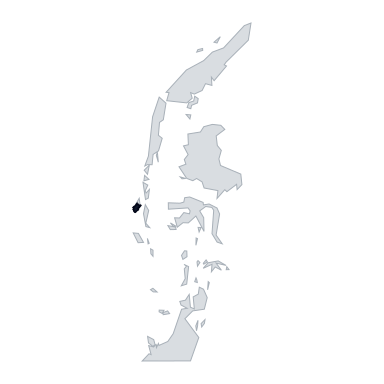 Sumba Timur, Nusa Tenggara Timur, Indonesia shown in context, rotated 90°
{"feature_id": "22746128B15873256673931", "entity_name": "Sumba Timur", "entity_type": "district", "adm_level": 2, "iso_a3": "IDN", "parent_name": "Indonesia", "parent_adm1": "Nusa Tenggara Timur", "projection": "mercator", "projection_center": [120.165, -9.805], "detail": "fine", "context": "in_parent", "style": "filled", "palette": "ink", "viewbox_px": 384, "rotation_deg": 90, "n_neighbors": 0, "source": "geoboundaries", "source_scale": "gbopen_adm2", "svg_char_len": 5577}
<svg xmlns="http://www.w3.org/2000/svg" viewBox="0 0 384 384"><g transform="rotate(90 192 192)"><path d="M129.4,159.2L135.9,167.8L145.5,166.7L150.4,162.7L158.9,165.1L165.5,163.5L174.1,143.2L184.6,142.1L189.6,146.9L184.3,147.4L191.7,157.1L189.7,159.2L198.5,167.0L190.6,166.1L188.0,179.9L181.9,181.9L178.5,187.4L180.7,191.2L178.4,197.3L166.8,205.0L164.2,198.1L159.5,199.7L154.6,195.9L145.9,200.5L144.7,195.6L134.0,196.1L132.0,183.6L126.7,180.2L124.4,171.6L125.3,163.2L129.4,159.2ZM23.0,133.0L40.2,135.7L62.2,158.0L64.8,159.8L66.0,157.5L80.7,169.9L77.1,172.6L85.4,172.1L83.7,178.5L90.5,181.9L94.1,189.7L92.6,193.4L98.2,191.8L102.9,197.2L100.7,217.3L92.6,215.0L92.3,217.9L70.0,197.6L60.6,180.3L52.1,171.6L47.9,160.4L25.6,139.7L23.0,133.0ZM360.9,193.5L361.0,241.8L353.8,235.0L354.6,232.9L345.6,235.3L347.0,230.4L344.5,227.9L345.4,227.5L346.8,227.7L347.7,227.5L343.4,225.6L345.4,225.0L341.5,216.2L333.7,210.8L309.2,202.4L308.3,196.8L305.0,203.0L301.4,204.2L300.2,198.6L294.4,194.8L307.2,193.6L308.9,189.7L296.9,190.8L294.1,185.7L287.2,184.7L289.2,180.5L297.6,176.8L309.2,179.7L310.9,191.3L318.7,199.1L337.5,185.2L360.9,193.5ZM242.1,166.9L233.7,172.0L210.3,170.3L207.4,172.2L206.5,178.3L210.9,184.3L217.7,180.3L231.4,180.0L216.0,188.1L222.9,195.7L222.7,201.0L227.2,206.7L217.8,209.4L218.0,204.5L212.6,200.2L213.8,194.5L210.8,193.9L207.9,196.0L209.2,215.6L202.8,215.7L203.2,204.0L202.1,200.2L197.7,199.3L197.0,194.3L202.4,180.9L204.9,180.6L204.0,174.9L208.0,167.0L214.0,164.4L235.1,167.9L243.8,161.8L242.1,166.9ZM103.2,218.0L119.8,220.7L122.4,224.5L135.3,225.6L138.3,221.8L150.9,225.5L154.4,230.9L164.7,231.9L164.6,236.5L166.0,239.2L156.2,235.6L116.8,231.4L97.1,224.8L103.2,218.0ZM263.1,167.9L270.2,162.6L267.0,168.8L271.8,172.6L264.3,172.0L268.3,180.8L262.8,176.0L260.9,165.8L265.4,158.0L263.1,167.9ZM266.6,195.4L284.1,197.3L285.8,202.7L278.7,198.8L268.9,199.7L266.1,197.5L264.4,200.0L266.6,195.4ZM226.6,238.1L213.7,240.5L204.6,238.7L210.5,235.3L223.2,238.2L227.6,234.3L226.6,238.1ZM189.4,234.6L198.1,235.7L199.6,238.5L182.3,241.0L185.1,236.2L191.0,238.9L193.0,237.9L189.4,234.6ZM242.4,240.5L242.7,245.9L232.9,250.8L233.4,245.6L242.4,240.5ZM102.9,186.5L105.3,192.4L108.7,193.2L107.5,196.9L102.6,195.1L101.0,190.3L96.2,189.3L98.6,185.8L102.9,186.5ZM342.9,235.5L336.4,236.4L339.6,230.3L344.7,228.9L346.3,231.2L342.9,235.5ZM206.1,243.8L210.1,246.3L212.0,249.3L207.9,250.3L198.3,244.8L206.1,243.8ZM256.7,197.0L259.4,201.1L255.4,202.5L250.8,199.5L251.0,197.2L256.7,197.0ZM165.2,234.7L174.3,236.5L170.2,239.8L165.2,234.7ZM179.4,235.0L180.8,240.1L175.4,239.4L179.4,235.0ZM119.0,194.1L114.5,197.9L114.9,193.2L119.0,194.1ZM313.6,214.4L314.7,220.8L312.7,221.1L310.9,216.4L313.6,214.4ZM162.2,225.7L155.3,227.7L152.3,226.6L162.2,225.7ZM229.5,207.9L229.6,213.7L225.6,216.1L227.1,208.4L229.5,207.9ZM36.7,163.7L43.0,167.0L42.2,170.0L36.7,163.7ZM52.1,187.3L49.6,186.1L48.5,181.4L50.4,181.3L52.1,187.3ZM289.7,233.5L288.3,231.1L292.0,226.9L291.9,230.7L289.7,233.5ZM282.6,174.7L289.8,176.4L281.6,175.8L282.6,174.7ZM238.6,186.5L245.3,188.1L238.0,187.9L238.6,186.5ZM226.4,210.7L222.9,213.6L226.0,208.4L226.4,210.7ZM319.6,179.0L323.4,179.6L327.0,182.3L323.6,182.9L319.6,179.0ZM256.3,231.0L253.8,233.1L248.8,233.4L250.2,231.0L256.3,231.0ZM313.4,221.9L311.8,224.9L310.1,224.8L310.3,220.0L313.4,221.9ZM266.2,186.5L261.9,187.0L260.6,186.0L262.5,184.1L266.2,186.5ZM320.3,186.0L325.7,186.4L330.8,187.5L325.9,188.2L320.3,186.0ZM227.5,182.9L232.0,184.9L227.4,185.9L227.5,182.9ZM269.7,157.8L266.7,157.2L269.6,155.0L269.7,157.8ZM238.4,236.6L243.3,234.8L243.9,235.9L238.4,236.6ZM282.5,186.7L281.7,189.3L277.9,188.0L279.8,187.2L282.5,186.7ZM178.8,202.0L176.9,203.8L178.5,198.2L178.8,202.0ZM261.9,176.6L264.2,180.2L263.3,180.7L259.9,177.9L261.9,176.6Z" fill="#d9dde1" stroke="#a8b0b8" stroke-width="1"/><path d="M203.9,247.2L203.6,247.2L203.7,247.3L203.8,247.3L204.0,247.4L204.0,247.5L204.3,247.7L204.4,247.8L204.5,247.8L204.8,247.9L205.0,247.9L205.1,248.0L205.3,248.1L205.3,248.3L205.5,248.3L205.8,248.6L206.0,248.7L206.0,248.8L206.1,249.0L206.1,249.3L206.3,249.4L206.5,249.6L206.6,249.8L206.8,249.8L207.0,249.9L207.0,250.0L207.2,250.3L207.3,250.3L207.3,250.2L207.5,250.2L207.6,250.3L207.8,250.3L208.0,250.3L208.3,250.4L208.5,250.3L208.9,250.5L209.2,250.7L209.3,250.8L209.4,250.7L209.5,250.7L209.6,250.4L209.8,250.4L210.1,250.2L210.2,250.3L210.3,250.3L210.5,250.3L210.7,250.2L211.0,250.2L211.3,250.0L211.4,249.9L211.5,249.9L211.6,249.7L211.9,249.5L212.0,249.4L212.2,249.2L212.3,249.0L212.3,248.7L212.2,248.6L212.1,248.4L211.9,248.2L211.7,248.0L211.6,247.9L211.4,247.9L211.2,247.8L211.2,247.7L210.9,247.5L210.7,247.1L210.6,246.9L210.5,246.7L210.4,246.4L210.2,246.3L210.2,246.2L209.9,246.1L209.7,246.1L209.7,245.9L209.6,245.6L209.4,245.6L209.2,245.7L208.9,245.7L208.8,245.8L208.7,245.8L208.4,246.0L208.3,245.9L208.2,245.8L208.1,245.7L208.0,245.8L207.9,245.7L207.9,245.8L207.8,245.7L207.7,245.6L207.8,245.5L207.7,245.3L207.7,245.1L207.7,244.9L207.6,244.7L207.4,244.5L207.2,244.5L206.9,244.6L206.7,244.5L206.6,244.4L206.4,244.2L206.3,243.9L206.2,243.9L206.0,243.7L205.7,243.4L205.6,243.2L205.4,243.1L205.2,243.4L205.1,243.5L205.2,243.8L205.3,243.8L205.4,244.0L205.3,244.4L205.4,244.5L205.5,244.6L205.4,244.6L205.5,244.6L205.4,244.6L205.3,244.8L205.2,244.8L205.1,245.0L204.9,245.2L204.9,245.3L204.8,245.5L204.9,245.9L204.8,246.0L204.6,246.0L204.4,246.0L204.1,246.0L204.0,246.3L204.2,246.5L204.1,246.8L204.1,247.0L204.0,247.3L203.9,247.2ZM207.6,250.7L207.5,250.8L207.4,250.8L207.5,250.9L207.6,250.7ZM206.9,251.0L206.9,250.9L207.0,250.9L206.9,250.9L206.9,251.0Z" fill="#0f172a" stroke="#020617" stroke-width="1.5"/></g></svg>